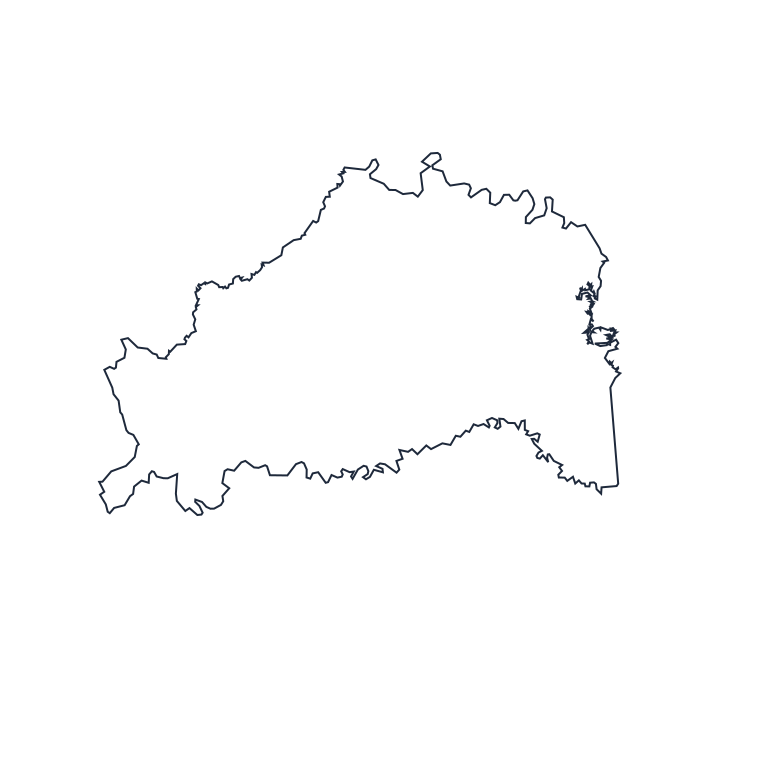 the district of Puerto Parra, Santander, Colombia, rotated 118°
{"feature_id": "7082276B16167878822858", "entity_name": "Puerto Parra", "entity_type": "district", "adm_level": 2, "iso_a3": "COL", "parent_name": "Colombia", "parent_adm1": "Santander", "projection": "mercator", "projection_center": [-73.991, 6.701], "detail": "fine", "context": "isolated", "style": "outline", "palette": "slate", "viewbox_px": 768, "rotation_deg": 118, "n_neighbors": 0, "source": "geoboundaries", "source_scale": "gbopen_adm2", "svg_char_len": 6154}
<svg xmlns="http://www.w3.org/2000/svg" viewBox="0 0 768 768"><g transform="rotate(118 384 384)"><path d="M169.8,244.3L167.6,247.5L166.8,253.2L163.0,257.3L149.0,281.1L154.1,287.2L153.3,294.8L161.3,296.3L162.1,299.9L157.3,300.4L152.3,303.5L152.8,316.7L142.0,321.6L141.2,324.9L143.4,328.6L145.3,328.6L152.4,322.9L159.9,321.7L166.6,328.5L173.7,330.6L175.3,334.4L170.0,337.1L160.5,334.7L154.6,335.7L150.2,340.0L145.7,348.2L148.6,351.5L159.1,352.4L160.5,354.1L161.1,356.0L158.1,362.3L160.7,366.9L169.0,367.0L173.9,369.7L174.6,375.5L165.2,380.0L163.6,385.3L166.7,388.9L178.4,394.8L177.3,398.2L170.4,399.2L168.0,402.4L169.3,407.4L177.7,418.7L175.9,424.0L168.7,432.1L170.9,441.8L168.2,444.0L158.9,439.4L155.3,442.3L154.8,445.1L158.4,450.9L169.9,454.8L170.4,445.6L180.7,450.6L194.6,440.8L202.7,442.1L201.7,448.2L207.4,456.4L207.3,464.9L210.2,470.5L207.3,478.2L208.5,492.6L205.4,494.9L198.0,491.8L193.2,491.7L189.6,496.8L192.0,499.3L199.0,499.1L203.6,500.9L211.3,520.4L214.0,520.4L215.1,518.1L216.5,520.6L217.2,518.9L220.1,522.0L220.7,518.8L224.5,515.3L229.5,516.0L228.4,517.0L229.3,519.1L232.4,517.2L240.0,522.7L244.1,519.8L246.1,523.2L252.0,523.0L254.8,519.5L257.2,519.3L259.9,521.5L271.1,518.6L273.3,519.7L273.3,523.1L288.1,525.0L289.2,523.6L291.6,526.2L294.9,525.7L299.4,531.3L310.9,537.4L318.5,535.1L330.9,542.4L333.8,548.2L335.7,546.1L335.9,548.1L338.2,546.5L341.6,546.8L345.4,548.2L345.3,549.5L348.5,549.7L349.1,552.6L352.2,550.5L355.9,551.5L355.6,553.8L359.6,558.0L359.0,559.7L356.7,559.3L358.1,560.9L356.7,562.7L358.9,565.3L362.2,566.4L366.2,564.6L368.9,567.5L372.3,566.9L373.5,568.1L372.6,570.1L374.9,570.9L374.1,572.0L375.9,575.0L374.4,576.8L374.2,584.1L378.2,587.3L378.2,589.4L379.6,588.8L379.5,590.3L382.6,591.9L382.9,594.3L384.5,594.3L385.6,591.0L388.5,591.8L387.7,594.1L390.2,592.7L391.5,593.7L396.4,588.9L395.9,587.4L402.7,587.0L401.8,585.2L404.4,586.3L406.2,584.6L410.3,586.2L412.3,585.4L415.5,581.0L421.0,579.9L425.7,574.9L429.5,578.0L434.6,578.5L434.1,580.9L436.6,581.5L438.2,581.2L438.8,578.7L442.1,578.3L446.5,585.4L455.9,587.9L455.7,589.4L458.7,588.0L462.8,589.2L463.9,588.0L467.0,595.5L464.7,598.5L465.6,602.6L463.9,609.4L467.4,618.6L463.7,631.6L468.2,636.7L474.7,628.2L482.7,625.5L490.0,630.6L495.4,628.4L497.3,629.4L497.6,634.2L502.8,637.6L514.8,622.2L520.0,618.0L523.3,610.5L532.8,603.6L533.9,600.8L545.7,589.8L547.1,586.6L546.6,581.4L552.4,572.2L554.7,573.1L565.5,569.8L577.5,573.4L589.2,583.8L602.4,586.7L604.1,589.5L610.5,580.4L615.1,582.8L620.9,573.1L626.5,568.0L626.8,565.5L620.1,564.1L612.8,556.1L602.3,555.6L598.9,553.9L591.9,556.5L583.1,552.7L581.7,545.4L574.1,548.9L570.0,548.0L569.6,545.7L572.4,541.3L570.7,534.5L568.8,530.7L560.6,524.3L578.5,516.3L584.5,512.0L589.4,499.8L584.9,497.5L587.3,487.3L585.0,483.9L582.8,483.7L578.3,489.8L576.7,495.4L574.6,496.3L573.6,489.3L575.9,483.2L575.6,478.7L573.8,475.5L567.3,471.2L563.0,470.9L558.7,474.1L548.7,471.7L547.4,480.2L535.7,483.9L532.7,482.1L530.9,475.6L520.2,473.2L517.0,470.3L518.7,459.6L516.9,455.4L511.5,450.8L511.6,448.6L518.1,441.9L510.1,426.4L496.1,424.1L491.6,420.2L491.6,417.4L495.8,412.1L502.9,408.5L502.2,404.7L496.4,405.0L492.8,400.7L498.6,389.1L496.9,387.3L489.0,387.6L488.5,381.2L485.7,377.8L483.2,378.0L481.2,380.8L478.5,380.5L478.0,373.0L475.5,369.6L481.1,369.7L482.5,367.2L471.8,366.9L465.8,363.6L465.1,360.7L468.3,356.9L471.2,356.1L476.1,358.8L476.6,355.2L472.6,352.8L464.5,352.7L462.5,343.5L459.6,345.5L460.1,352.4L456.0,350.2L454.4,345.4L456.4,331.3L452.4,330.3L446.1,336.9L441.3,332.5L435.0,339.4L432.6,330.9L428.3,328.7L430.3,321.5L418.4,317.8L419.4,311.9L409.0,304.6L406.6,296.7L396.0,296.3L394.7,291.8L386.8,289.9L386.3,286.2L377.5,285.9L376.9,281.3L372.6,277.3L373.1,271.0L371.3,271.1L367.7,276.1L363.3,272.7L362.9,267.0L365.3,265.5L370.3,265.8L370.2,262.6L366.9,261.2L360.5,265.9L358.8,262.0L360.1,256.1L357.1,250.2L360.5,244.3L352.3,245.1L350.1,242.6L358.4,238.1L358.0,234.6L361.7,234.8L361.2,231.0L355.6,225.5L355.5,222.8L362.8,221.2L361.9,225.7L363.2,227.7L366.2,223.3L368.9,213.2L372.0,215.4L376.0,215.6L377.3,213.9L376.7,211.4L372.3,210.3L375.9,202.3L372.5,205.4L369.3,206.3L368.4,205.1L372.2,198.0L371.9,188.7L375.2,190.2L377.2,186.0L382.3,187.5L384.5,185.7L381.8,180.5L383.5,176.7L377.2,173.6L382.1,168.4L377.6,166.7L379.1,162.9L377.7,160.0L379.8,158.1L378.0,154.6L374.4,155.7L372.3,152.4L372.7,150.0L377.1,146.9L378.9,140.8L373.1,143.4L364.9,130.7L362.1,130.4L280.8,182.5L270.1,182.6L263.6,180.4L264.0,185.0L260.2,184.6L259.6,185.1L262.3,186.3L261.9,190.1L260.4,190.4L260.3,193.3L259.1,192.5L257.7,192.7L260.0,193.8L258.4,194.6L258.2,195.2L260.3,194.8L257.3,201.2L249.7,201.3L243.3,194.5L242.6,197.1L237.9,196.3L235.9,199.9L241.4,203.7L243.3,202.7L243.8,205.7L245.1,205.5L249.0,210.9L249.3,216.8L242.8,206.1L237.6,203.8L239.5,209.0L236.3,205.2L236.5,211.0L234.1,208.0L235.5,204.0L234.0,205.5L234.3,204.5L232.6,204.7L233.7,202.5L231.8,204.1L229.2,202.8L230.2,204.9L228.1,204.9L231.1,209.4L228.8,207.8L228.3,209.1L227.5,207.1L227.1,208.1L231.2,211.7L232.2,219.3L234.5,218.4L233.3,220.7L236.5,224.3L239.6,225.0L239.8,222.8L240.9,225.2L244.7,224.7L250.5,218.8L250.9,222.1L253.4,223.2L250.1,223.1L249.7,225.3L248.1,224.1L245.0,227.5L242.3,227.4L245.0,231.6L241.5,230.3L242.8,230.0L241.2,228.1L238.3,229.8L239.1,227.6L236.3,228.9L236.8,227.3L234.8,226.7L233.8,228.5L235.0,230.6L229.7,231.8L230.4,228.4L229.0,231.3L225.3,233.2L227.0,234.6L224.8,234.0L226.3,237.1L225.3,239.2L224.6,237.1L223.7,237.8L223.7,234.4L220.8,237.6L217.2,236.1L219.7,238.9L216.9,237.8L216.3,239.5L216.2,236.6L214.6,236.4L214.5,240.4L213.1,238.3L213.2,240.8L212.9,239.4L211.4,241.5L212.8,243.5L209.8,242.7L211.0,243.7L211.9,247.2L208.7,243.1L207.7,247.3L211.5,251.5L216.8,249.6L218.4,253.2L216.5,254.9L216.2,251.6L215.7,253.0L208.6,254.1L208.2,254.9L206.9,256.1L207.9,254.2L206.7,254.1L208.7,253.0L205.7,251.2L206.8,250.4L204.0,247.2L200.8,248.7L200.5,251.1L198.6,251.2L199.8,248.3L198.6,247.9L200.9,246.9L200.0,245.9L204.4,245.2L205.0,242.2L203.8,242.2L205.4,240.3L208.0,240.3L208.3,238.9L206.4,238.7L209.5,238.0L209.4,235.3L201.0,239.3L195.9,238.7L191.0,240.8L188.7,244.7L180.0,247.4L173.6,246.5L173.2,248.4L169.8,244.3Z" fill="none" stroke="#1e293b" stroke-width="2"/></g></svg>